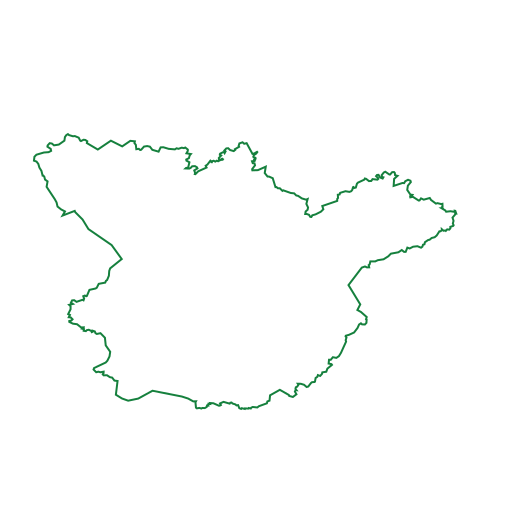 the district of Carácuaro, Michoacán, Mexico, rotated 81°
{"feature_id": "50627088B80711859528483", "entity_name": "Carácuaro", "entity_type": "district", "adm_level": 2, "iso_a3": "MEX", "parent_name": "Mexico", "parent_adm1": "Michoacán", "projection": "equal_earth", "projection_center": [-101.063, 19.0], "detail": "fine", "context": "isolated", "style": "outline", "palette": "green", "viewbox_px": 512, "rotation_deg": 81, "n_neighbors": 0, "source": "geoboundaries", "source_scale": "gbopen_adm2", "svg_char_len": 6099}
<svg xmlns="http://www.w3.org/2000/svg" viewBox="0 0 512 512"><g transform="rotate(81 256 256)"><path d="M378.9,404.9L378.4,394.6L372.9,379.3L383.2,351.2L386.2,345.3L389.8,340.7L390.1,338.0L391.1,338.7L396.4,339.0L397.2,338.3L397.2,335.7L398.1,333.8L397.7,332.8L398.2,330.4L397.4,328.3L396.5,328.0L396.4,326.8L395.7,327.2L395.3,326.0L394.6,326.0L395.0,324.4L394.0,324.5L394.8,321.1L398.1,316.0L398.1,315.1L397.7,314.0L396.0,314.6L395.0,310.9L397.7,305.1L396.9,304.3L396.9,303.1L398.0,302.3L399.4,299.5L400.5,298.7L400.5,297.0L403.7,296.3L404.7,294.6L404.1,293.9L405.3,291.0L404.8,290.8L405.5,287.3L405.0,286.9L405.8,285.0L405.1,284.5L404.6,282.9L405.8,278.4L404.8,276.6L403.2,268.3L401.4,267.5L401.0,265.3L395.8,263.9L391.9,253.4L398.4,245.3L399.4,245.1L401.0,241.6L398.9,237.7L396.0,238.8L394.7,237.9L394.9,237.0L393.4,237.8L391.9,237.2L391.5,235.8L389.8,234.2L388.7,234.7L389.2,231.8L390.7,228.7L393.3,226.5L393.1,224.8L390.0,221.5L389.4,220.4L389.6,217.9L389.3,217.4L385.8,216.2L384.9,214.3L383.3,213.5L384.5,211.4L382.8,209.3L381.3,208.7L381.3,204.7L378.4,203.1L375.4,198.0L374.6,198.4L373.6,201.1L369.9,200.1L370.2,198.4L368.0,195.9L369.2,192.6L367.9,189.8L364.9,187.2L354.6,180.4L353.2,180.6L350.7,179.4L349.4,180.1L348.8,179.8L348.4,176.5L346.9,171.1L343.0,167.0L339.8,164.9L338.9,162.9L340.1,162.0L340.7,159.2L339.3,157.4L336.2,156.7L335.7,157.2L333.6,156.2L327.7,161.1L325.2,164.3L320.1,160.6L299.2,169.2L284.0,153.3L283.4,150.0L284.6,148.2L284.9,146.0L282.6,146.1L282.1,145.1L279.2,143.9L280.0,139.2L279.2,136.3L279.2,130.5L277.0,125.4L274.8,122.4L274.6,114.8L272.9,111.1L275.1,109.1L275.3,107.5L271.4,105.2L272.6,103.0L271.4,99.4L271.6,95.0L273.6,91.7L272.8,90.2L271.0,89.3L270.8,87.8L268.8,87.0L267.1,83.4L267.1,82.0L265.7,79.7L265.4,76.6L264.0,74.3L260.3,71.0L260.5,70.0L259.7,68.4L258.6,68.3L260.4,66.8L260.4,65.0L260.9,64.6L259.6,63.0L260.2,61.0L259.1,59.7L257.6,59.5L257.1,56.5L256.5,56.0L254.7,56.5L252.2,55.4L248.8,55.9L246.1,52.7L245.2,52.6L245.4,51.6L242.6,52.1L242.4,52.6L243.2,52.6L243.2,53.8L242.2,56.9L242.0,61.3L240.6,61.9L237.7,65.4L237.7,64.2L236.7,64.6L236.3,64.0L233.6,63.7L233.7,64.9L232.2,68.5L232.4,70.1L228.0,74.4L225.9,75.3L226.6,81.5L224.9,84.0L226.7,85.8L226.7,86.6L222.1,91.8L222.2,94.4L221.2,94.4L220.9,92.6L220.1,91.9L219.5,93.9L214.4,96.3L210.3,95.0L207.2,91.5L205.8,91.7L204.5,93.9L205.5,96.9L207.2,98.3L206.8,99.9L208.3,109.1L201.4,107.5L199.0,103.7L197.9,106.0L195.7,105.9L194.7,106.5L194.5,108.4L196.5,110.8L196.4,111.5L193.0,115.1L193.5,116.7L195.8,119.2L197.6,119.2L198.2,117.9L199.3,118.8L197.9,121.1L195.0,122.3L194.9,123.8L195.9,124.9L197.8,123.4L199.0,123.2L199.6,124.1L198.3,128.9L199.9,130.4L199.7,132.7L197.0,135.2L196.5,136.4L197.5,137.0L199.5,143.9L200.4,145.0L204.0,146.7L204.2,148.4L203.1,148.9L203.2,149.4L205.8,150.6L206.9,151.8L207.3,153.7L206.0,157.5L206.8,163.0L208.3,163.8L208.3,165.6L211.5,165.9L212.3,166.8L214.3,167.2L217.0,182.7L220.4,182.2L222.4,185.0L224.2,190.6L224.6,194.0L226.1,195.2L225.8,196.3L223.6,197.2L222.4,199.4L222.2,200.8L219.8,200.0L218.4,197.8L216.2,197.0L212.4,198.1L207.8,196.1L208.2,197.7L206.3,201.7L203.2,205.0L202.5,206.8L200.1,208.5L199.2,211.8L195.4,218.8L195.8,219.7L192.8,221.9L192.5,223.8L191.1,225.0L191.0,226.0L181.8,227.3L179.6,230.7L179.3,232.2L175.4,234.4L169.3,232.4L171.5,240.7L170.8,246.2L169.6,246.2L166.3,242.8L164.2,243.0L163.8,244.7L161.8,245.1L161.9,242.7L160.5,242.8L160.1,242.1L160.5,241.6L159.5,241.1L158.9,241.2L158.1,243.0L157.4,243.1L155.9,242.1L154.9,239.8L153.0,237.9L154.4,241.6L154.6,243.5L143.1,247.6L143.3,250.1L141.6,251.5L142.2,254.8L144.5,255.9L145.5,255.6L147.2,260.1L147.9,259.9L148.9,261.6L147.3,265.0L145.2,266.6L145.1,268.5L146.8,270.7L147.9,269.7L149.5,270.9L148.7,271.2L148.3,272.2L149.3,275.4L149.8,275.8L150.5,275.9L151.3,274.7L153.4,277.4L155.1,277.4L155.5,276.4L154.6,274.2L155.3,273.5L155.7,273.9L155.6,276.0L156.5,278.6L155.7,279.8L156.4,281.5L155.3,282.9L155.5,284.4L157.2,285.3L155.7,285.2L154.7,286.1L158.1,289.7L159.0,291.6L160.9,291.0L163.3,299.8L165.7,303.1L165.5,303.6L164.6,303.1L161.8,303.6L160.3,300.1L159.2,300.4L157.7,302.2L157.4,305.0L158.8,306.8L159.2,308.3L158.5,311.9L158.1,311.3L158.1,309.2L153.0,307.1L150.9,309.8L149.8,309.8L148.9,307.0L146.2,305.7L145.1,304.4L143.7,308.6L141.5,306.9L140.2,306.7L137.8,308.9L138.2,310.3L137.4,312.4L138.0,315.8L137.2,317.6L138.0,319.4L136.5,325.5L134.1,330.5L133.8,333.2L137.7,335.9L134.9,341.8L131.4,343.7L130.4,346.3L130.4,349.5L133.1,352.8L133.2,353.8L131.8,355.0L131.8,357.5L127.4,357.3L125.4,358.4L123.8,357.7L122.6,362.1L126.8,371.0L119.4,381.3L126.1,395.6L118.0,405.4L116.3,404.7L114.7,406.4L114.2,408.1L115.1,410.9L114.5,411.6L111.4,412.6L109.2,416.2L109.1,418.1L107.3,421.8L106.2,422.7L106.9,424.4L108.6,426.1L112.1,427.2L115.1,433.3L115.1,438.2L113.0,440.0L112.3,442.1L114.2,444.5L115.4,444.9L118.1,442.0L120.1,441.9L121.0,444.6L120.6,449.3L121.6,457.0L123.3,459.3L127.1,460.4L128.4,458.0L131.0,456.6L134.8,456.1L138.4,454.6L143.2,454.2L143.2,453.6L144.5,452.7L147.5,452.4L149.7,450.2L154.9,452.0L168.3,445.9L171.9,444.6L176.1,444.3L179.5,441.2L182.1,437.7L185.8,440.7L183.1,428.0L184.4,427.7L192.8,421.6L203.2,417.3L222.6,396.9L238.0,389.1L245.4,402.0L247.8,403.3L252.5,404.4L256.4,406.8L257.1,408.1L258.7,409.1L258.9,415.7L262.4,418.2L263.0,419.5L263.4,425.8L269.0,429.3L269.2,430.1L268.3,431.2L268.7,432.9L271.2,432.4L272.8,433.3L272.1,434.2L273.2,440.4L271.2,442.5L271.1,444.6L273.2,446.1L274.7,444.4L275.0,448.2L276.6,447.0L279.6,447.5L284.0,450.6L285.1,449.0L287.2,450.5L287.7,448.6L289.8,447.1L290.8,448.4L291.0,450.6L291.9,450.7L294.2,447.4L295.4,443.4L299.2,439.9L299.5,437.3L300.4,437.6L300.8,438.7L301.4,437.4L302.9,437.9L303.6,435.8L302.8,434.8L302.7,432.7L304.3,430.4L305.5,430.1L305.3,429.3L304.2,429.1L305.3,427.0L307.1,426.6L308.1,425.4L307.9,421.7L313.1,418.0L320.8,418.4L327.8,415.0L332.3,416.4L336.2,419.2L337.7,421.1L341.3,433.4L342.7,434.2L345.8,432.0L345.6,429.8L346.5,427.9L346.4,424.6L347.9,424.9L348.8,425.9L350.0,425.2L350.5,421.8L352.8,419.3L353.6,417.1L356.9,415.3L357.8,412.3L371.1,416.1L375.8,410.6L378.9,404.9Z" fill="none" stroke="#15803d" stroke-width="2"/></g></svg>